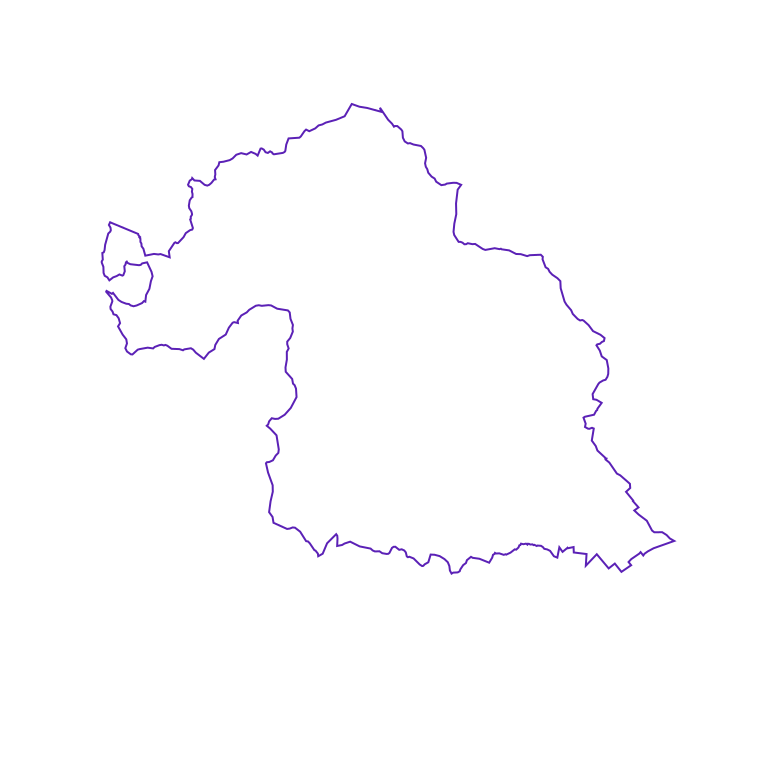 the district of Gheorgheni, Harghita, Romania, rotated 245°
{"feature_id": "2599482B22806778816742", "entity_name": "Gheorgheni", "entity_type": "district", "adm_level": 2, "iso_a3": "ROU", "parent_name": "Romania", "parent_adm1": "Harghita", "projection": "natural_earth1", "projection_center": [25.7, 46.772], "detail": "fine", "context": "isolated", "style": "outline", "palette": "violet", "viewbox_px": 768, "rotation_deg": 245, "n_neighbors": 0, "source": "geoboundaries", "source_scale": "gbopen_adm2", "svg_char_len": 6166}
<svg xmlns="http://www.w3.org/2000/svg" viewBox="0 0 768 768"><g transform="rotate(245 384 384)"><path d="M119.1,580.7L123.2,577.8L127.7,576.3L132.1,573.5L135.4,566.3L137.9,565.0L149.0,564.4L158.1,559.6L163.6,557.4L164.6,562.5L172.7,560.1L173.0,560.6L184.0,557.8L185.7,563.2L189.6,564.7L201.4,559.5L204.4,557.2L217.6,555.0L221.7,553.0L222.4,554.0L223.0,553.1L223.5,553.4L233.5,549.3L238.3,549.7L244.9,548.4L255.0,555.3L256.4,554.0L256.6,551.2L257.3,550.0L260.1,548.0L262.8,550.0L269.2,550.6L269.4,552.3L267.4,561.4L270.0,564.9L270.3,566.2L271.4,567.0L274.9,573.3L279.9,569.9L281.8,567.2L286.7,568.8L293.4,578.2L294.2,579.9L294.6,584.1L294.2,586.6L296.1,589.5L298.4,591.5L303.3,593.9L311.6,596.0L317.0,593.0L323.1,593.7L329.3,592.9L329.8,594.0L329.2,596.7L330.0,599.2L330.0,601.5L332.4,603.3L337.1,601.0L343.6,595.8L350.9,594.3L357.1,591.7L358.2,590.7L358.7,588.6L361.1,587.0L367.7,584.7L371.8,584.8L378.7,582.9L382.4,582.5L396.1,584.6L402.7,587.3L406.6,585.9L412.0,582.7L415.7,581.5L419.0,581.4L421.5,579.8L430.0,580.4L432.2,581.7L434.9,580.7L439.1,570.6L439.4,567.8L443.9,562.8L446.0,558.7L452.2,553.9L456.4,547.5L457.2,547.1L457.4,545.7L460.3,541.7L462.7,532.5L464.6,530.6L472.4,525.8L473.4,523.2L476.2,519.4L476.0,517.6L476.7,515.9L478.9,514.9L480.5,513.4L481.3,511.7L489.3,510.6L492.5,511.3L499.6,515.5L507.4,521.3L517.2,525.6L529.0,532.9L531.9,538.1L535.6,534.8L537.1,531.8L539.1,525.6L538.9,523.8L540.0,520.0L545.3,516.8L548.8,516.7L551.8,514.8L556.8,513.4L560.4,514.0L563.2,513.7L566.7,514.5L571.2,517.8L579.2,519.6L581.2,519.2L584.1,518.1L588.6,511.9L591.3,509.4L591.9,507.3L595.1,505.3L599.2,505.2L605.3,507.5L607.3,507.2L612.1,505.1L613.2,502.9L613.0,501.8L616.5,501.3L621.8,499.4L636.1,497.1L631.9,496.5L641.3,485.4L645.7,478.9L651.4,473.1L643.3,461.5L643.7,452.2L645.5,441.8L645.3,437.8L646.0,434.0L644.7,429.7L644.7,423.1L647.5,420.9L646.8,418.8L643.5,413.2L643.0,411.4L646.9,401.3L642.3,396.6L637.0,393.1L636.3,391.9L636.2,390.0L638.7,381.3L640.0,380.4L641.0,380.5L643.0,379.1L642.5,376.4L644.1,374.6L647.2,374.1L649.2,372.7L649.5,371.6L644.4,366.0L646.8,364.9L650.5,361.6L650.1,356.5L653.6,352.1L654.2,347.0L652.4,342.1L652.1,338.8L653.3,332.4L654.6,328.5L652.0,326.4L649.3,321.3L645.2,319.7L643.1,318.1L640.7,317.8L641.1,316.4L639.2,312.6L638.4,309.8L638.5,307.7L640.3,305.6L645.9,303.0L648.6,298.2L651.7,297.2L650.8,296.4L650.4,293.9L647.4,290.6L645.7,290.7L644.0,292.3L641.8,292.7L639.5,291.2L637.2,290.8L634.3,289.4L634.3,288.5L632.6,285.6L628.1,282.5L625.6,281.8L622.0,282.4L619.7,282.0L618.6,281.6L617.2,279.5L615.3,278.7L615.1,277.9L606.1,276.7L605.0,275.5L605.4,273.3L604.5,268.1L601.8,264.4L598.8,256.9L599.2,255.8L600.6,254.8L600.5,253.7L595.3,245.1L589.4,243.3L596.2,236.4L596.8,234.2L599.1,230.5L601.2,221.9L608.3,223.1L611.2,222.5L613.9,223.5L615.7,223.3L618.6,224.6L620.3,224.3L620.4,225.0L622.5,224.3L623.9,224.6L646.3,204.1L644.4,201.9L641.3,202.2L638.8,201.4L637.8,200.3L636.9,197.7L628.0,190.1L623.4,187.3L621.8,185.7L621.8,184.1L615.6,181.7L614.4,180.0L613.3,179.5L608.8,179.2L603.2,176.8L600.1,176.6L597.6,178.4L594.0,178.9L595.1,183.6L594.8,187.3L595.1,190.5L592.8,192.7L592.8,193.7L595.7,196.7L600.5,198.4L601.5,200.2L603.3,201.5L603.6,202.6L602.2,202.7L599.8,204.7L595.2,212.2L594.8,213.9L595.5,215.8L594.4,220.7L583.9,220.7L579.4,219.8L575.7,216.2L569.4,211.6L565.2,206.0L559.5,202.5L560.6,201.5L559.6,198.9L559.7,193.0L560.3,189.9L562.3,187.6L564.3,186.6L565.7,184.3L569.3,180.8L572.5,178.8L581.1,176.9L580.7,175.5L585.6,171.9L585.0,171.2L577.8,173.2L574.8,173.1L573.7,172.7L569.7,168.7L567.5,167.9L564.4,168.6L561.5,168.3L559.5,170.6L555.7,171.3L550.7,170.5L548.6,167.3L539.2,168.0L533.4,169.3L529.4,168.2L525.8,164.7L522.1,164.8L517.9,167.1L517.1,168.5L519.2,175.3L518.9,177.3L516.8,185.2L513.8,189.8L514.5,191.8L514.1,197.0L513.5,199.1L512.0,200.8L511.8,202.4L510.3,203.8L505.7,206.3L502.1,213.3L499.5,216.1L499.8,217.6L498.0,224.1L495.8,225.6L491.9,226.7L482.9,231.4L486.5,238.5L487.3,245.1L490.7,247.6L494.6,253.4L495.7,261.5L500.6,267.2L503.5,272.7L503.4,274.3L501.0,277.4L503.2,278.1L506.4,283.6L506.9,289.9L508.2,293.2L509.1,300.9L508.3,303.8L506.5,306.3L504.3,312.6L502.9,314.9L497.4,319.0L491.3,328.0L488.7,328.8L482.6,326.8L476.0,326.4L473.1,324.5L470.0,323.5L465.3,318.4L463.3,314.2L460.9,313.1L456.5,312.6L454.2,309.5L447.2,306.3L440.6,301.7L436.6,300.1L427.4,302.9L422.8,301.7L420.7,302.5L417.0,302.3L409.1,299.2L401.7,289.4L398.1,281.0L397.2,273.5L398.4,270.5L400.4,267.8L398.7,264.1L396.3,261.9L395.7,260.1L391.7,262.0L382.9,264.9L369.2,261.0L366.2,259.1L364.9,255.6L361.8,251.1L361.8,247.1L362.6,244.7L362.0,243.5L352.8,241.5L339.3,240.3L333.4,237.7L325.6,231.6L316.4,225.7L310.6,226.8L304.9,225.2L293.6,234.9L292.8,237.5L292.6,240.6L291.4,242.6L285.6,245.6L274.5,247.0L273.4,248.6L271.0,249.4L262.8,250.7L262.0,251.5L258.2,252.4L255.7,251.6L256.1,256.7L263.7,265.1L268.1,277.2L266.2,277.5L263.5,276.5L257.0,273.1L255.8,278.0L256.1,280.8L255.4,286.7L247.1,293.3L240.5,302.3L237.9,303.4L236.1,305.0L234.3,309.2L231.4,310.9L228.9,314.5L228.3,316.1L228.6,317.5L232.1,322.0L232.4,323.9L231.7,325.5L227.3,327.7L226.7,330.2L224.6,332.0L222.2,332.6L218.1,331.8L216.9,332.5L216.7,334.0L213.4,337.1L205.3,340.1L202.9,341.6L202.6,342.8L203.4,344.7L203.7,348.8L209.7,354.2L207.9,357.6L204.5,361.7L199.8,364.8L195.5,366.5L191.4,366.3L187.1,364.9L183.6,365.1L183.8,367.0L182.1,371.2L182.3,373.5L183.7,374.8L186.4,379.2L187.1,382.6L189.3,384.7L190.6,389.8L189.0,390.9L185.3,396.6L177.6,403.8L180.9,408.7L183.1,410.6L183.3,412.3L184.0,413.2L183.1,413.7L181.8,416.9L178.6,420.3L178.3,422.3L177.7,422.7L177.7,427.4L178.9,432.6L178.0,433.8L179.0,436.8L180.6,438.5L180.4,439.5L181.4,440.7L179.9,442.6L179.3,445.2L177.8,446.1L178.4,446.9L177.8,447.9L176.7,448.7L175.9,450.8L174.8,451.4L174.7,452.3L172.6,454.0L172.7,454.9L171.0,457.9L169.0,459.1L166.9,459.6L165.1,462.0L162.6,464.0L156.1,465.2L153.4,467.7L161.9,473.9L156.4,474.9L157.9,480.7L157.6,480.6L156.1,486.9L151.1,484.8L144.3,495.7L134.0,490.1L139.8,504.9L121.9,509.7L123.7,517.3L113.4,519.8L115.3,531.4L119.3,530.4L120.8,534.1L122.4,543.7L123.2,545.5L119.0,546.5L120.1,548.5L120.8,552.3L121.2,558.9L119.1,580.7Z" fill="none" stroke="#5b21b6" stroke-width="2"/></g></svg>